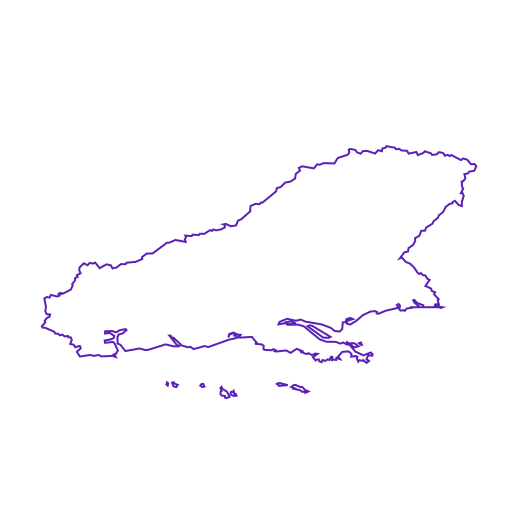 the district of Dawei, Tanintharyi, Myanmar, rotated 285°
{"feature_id": "60261553B72281625520368", "entity_name": "Dawei", "entity_type": "district", "adm_level": 2, "iso_a3": "MMR", "parent_name": "Myanmar", "parent_adm1": "Tanintharyi", "projection": "mercator", "projection_center": [98.324, 14.189], "detail": "fine", "context": "isolated", "style": "outline", "palette": "violet", "viewbox_px": 512, "rotation_deg": 285, "n_neighbors": 0, "source": "geoboundaries", "source_scale": "gbopen_adm2", "svg_char_len": 6132}
<svg xmlns="http://www.w3.org/2000/svg" viewBox="0 0 512 512"><g transform="rotate(285 256 256)"><path d="M117.2,107.8L113.3,111.9L117.5,121.4L117.5,125.1L119.7,129.7L119.0,132.3L120.1,136.3L122.3,142.9L123.9,144.0L122.3,144.6L122.2,146.5L123.3,145.3L128.9,147.1L134.4,142.6L136.0,140.3L133.1,132.7L135.2,131.7L137.9,137.4L139.9,139.7L142.1,139.9L143.9,134.7L142.0,130.3L144.2,129.7L146.3,136.5L146.0,140.5L149.1,143.6L151.7,149.1L150.9,150.1L146.6,147.1L144.6,143.6L141.4,143.2L135.6,145.0L135.1,148.1L130.4,154.4L136.5,167.4L136.5,173.5L137.5,176.2L147.2,191.5L147.4,199.6L148.8,205.0L149.4,205.3L149.4,202.8L156.7,192.9L157.0,194.1L153.6,198.1L155.4,198.0L150.3,207.6L150.3,214.0L151.3,216.3L149.9,219.8L155.7,229.6L155.7,233.5L167.9,251.1L172.1,259.0L173.7,257.5L173.6,255.7L174.4,256.1L175.4,255.0L175.2,253.5L173.2,250.6L170.1,250.5L173.7,250.3L176.2,254.0L175.3,259.1L175.9,261.5L173.7,260.7L173.3,259.5L173.0,261.7L176.8,272.9L172.1,279.5L170.9,277.7L172.1,284.4L171.3,286.6L167.9,287.4L167.6,289.0L169.1,295.7L170.5,296.8L170.1,299.5L168.9,298.8L168.9,300.1L172.6,309.7L171.4,314.5L176.9,319.3L176.2,324.6L175.4,323.8L174.5,324.8L175.5,326.0L174.5,327.3L174.5,330.9L175.7,331.8L174.7,335.8L177.0,338.2L177.4,340.7L172.9,337.2L170.5,340.7L171.7,341.3L172.3,343.5L170.6,344.5L170.4,346.9L172.7,347.1L172.6,350.0L174.8,352.1L174.5,353.8L178.2,354.7L178.1,356.0L174.3,356.3L175.9,356.9L176.3,360.3L178.4,360.0L179.2,361.4L178.1,362.2L178.1,363.9L180.1,361.3L185.7,364.1L187.8,370.0L186.2,373.5L183.5,374.2L183.0,373.1L185.2,378.2L184.9,379.9L183.6,379.6L180.4,382.1L182.1,382.8L182.4,386.5L183.2,386.6L181.4,390.5L183.9,392.3L184.9,389.4L189.1,390.1L189.8,394.1L191.2,394.1L192.5,391.8L187.8,385.5L189.4,376.7L194.6,369.1L194.0,366.5L195.0,362.8L193.2,360.0L193.7,355.4L191.4,346.1L192.0,339.0L200.5,320.3L200.6,314.5L197.7,304.0L199.4,301.4L198.3,300.9L195.8,295.4L198.5,295.8L203.4,302.3L203.8,311.3L206.2,315.7L205.4,320.5L206.9,337.1L206.0,346.5L204.0,351.5L204.6,356.2L207.7,358.2L214.4,357.0L215.2,359.6L218.3,359.6L220.6,363.1L220.2,366.0L216.8,360.7L214.2,361.2L214.1,364.6L219.5,369.8L226.5,374.5L231.9,380.9L233.5,384.9L233.2,387.4L231.8,387.4L231.7,388.9L237.0,395.9L242.7,406.8L245.2,404.8L246.6,406.1L245.4,407.9L241.5,408.3L240.7,409.8L241.9,412.6L241.4,413.8L244.3,415.2L246.0,419.4L246.6,419.0L249.0,427.7L252.0,421.0L254.0,419.3L254.6,420.3L252.4,423.5L251.7,430.3L249.6,429.8L253.8,445.7L253.7,448.1L254.8,449.5L254.5,446.8L255.5,444.5L254.1,441.6L255.6,441.6L256.8,445.0L260.3,443.0L261.5,443.7L265.2,437.8L267.3,438.4L267.7,434.9L269.9,433.5L270.9,427.4L277.8,429.9L278.5,427.2L281.0,424.7L280.7,422.3L282.2,419.5L280.9,418.4L281.4,416.7L285.8,411.7L288.5,406.7L289.0,402.4L292.3,397.3L291.0,395.6L297.9,398.3L299.7,401.7L303.1,401.3L307.6,405.0L311.7,405.9L314.3,405.0L317.9,408.6L323.1,409.1L324.3,412.8L327.6,413.0L332.9,418.1L335.6,418.5L339.9,421.8L342.7,422.1L346.7,425.3L352.4,426.5L356.3,429.4L357.7,432.1L359.1,432.0L360.8,433.9L357.7,438.6L357.5,441.9L361.8,440.8L367.8,441.1L370.4,439.0L369.8,437.7L374.8,438.7L376.0,437.3L381.1,435.4L381.9,436.8L385.1,438.1L389.0,436.1L390.6,439.3L392.6,440.0L394.9,444.8L399.9,445.5L401.4,443.1L400.3,439.9L403.7,435.1L403.8,430.8L401.7,429.2L404.1,418.5L402.6,417.3L403.4,415.1L401.7,412.4L403.7,410.6L403.9,408.3L403.5,405.6L401.0,404.3L399.2,400.0L400.5,398.2L400.8,391.9L399.1,391.2L395.3,386.2L398.0,384.1L394.4,377.0L396.7,374.6L395.6,369.3L396.5,366.5L395.3,363.5L396.6,362.1L395.8,353.5L394.1,353.1L392.5,350.2L389.8,350.5L389.8,346.6L385.8,344.5L386.3,336.2L385.0,332.1L381.9,330.6L382.2,326.9L384.2,324.4L383.7,319.0L382.7,318.1L380.1,319.4L377.5,318.3L371.8,309.6L365.7,307.8L363.3,297.5L360.6,293.9L360.5,291.4L355.6,289.2L354.6,277.4L352.1,274.6L349.9,276.4L345.6,273.2L340.9,273.7L336.7,269.9L334.5,265.2L329.1,262.1L326.9,258.5L323.6,258.7L309.1,248.3L309.1,247.2L306.9,245.9L306.3,242.0L302.9,237.8L297.5,238.8L287.5,232.1L285.4,229.4L280.4,228.9L278.2,224.0L279.2,218.6L278.1,216.4L277.9,218.0L275.4,218.4L272.5,215.1L270.6,211.3L270.4,207.6L268.9,207.1L269.0,204.8L264.1,200.4L262.9,196.0L261.4,195.3L260.2,189.2L258.6,188.8L257.4,182.4L256.1,183.6L253.7,182.9L251.4,184.4L250.6,173.9L246.6,169.1L245.8,166.6L231.7,155.4L230.0,149.7L225.5,146.2L223.6,146.9L219.2,141.3L216.0,132.7L214.4,132.2L213.2,127.6L208.8,124.3L206.9,120.6L209.4,118.3L209.2,113.7L203.8,108.2L208.0,102.4L206.5,100.6L206.3,97.2L203.5,95.7L204.4,91.6L199.2,88.5L196.4,89.0L193.9,91.0L191.1,87.9L189.7,89.1L187.8,87.0L185.4,87.5L181.3,85.7L179.9,86.6L175.6,85.8L169.6,79.2L169.8,77.8L168.6,77.3L169.6,76.4L168.3,75.0L166.5,76.1L165.4,74.2L165.3,67.9L162.4,67.4L162.2,64.4L160.1,62.5L152.5,66.3L148.2,66.8L145.6,68.9L146.2,72.3L143.9,72.3L142.0,70.1L138.6,68.6L137.2,69.6L132.7,67.3L131.6,68.4L132.1,70.7L130.6,80.7L129.1,82.3L129.7,85.0L128.6,87.0L129.9,89.3L128.8,92.0L130.1,95.0L129.0,95.6L129.4,98.1L127.3,99.8L123.0,99.3L123.1,103.0L121.1,104.9L123.5,109.0L122.5,110.1L121.4,110.6L117.2,107.8ZM197.2,348.9L203.1,328.3L202.9,325.7L201.5,324.0L194.6,341.9L195.7,347.3L197.2,348.9ZM141.0,325.8L138.6,323.9L138.3,326.8L137.4,325.3L137.8,333.4L136.7,335.8L137.8,338.6L136.6,339.0L138.7,341.7L139.3,338.0L141.5,334.5L140.9,332.7L141.7,327.4L141.0,325.8ZM118.9,258.1L120.7,256.5L119.3,255.8L116.6,257.7L116.0,256.9L113.5,257.4L112.3,258.9L112.7,262.4L111.2,262.7L111.0,264.1L113.1,267.0L117.4,263.1L118.9,258.1ZM195.4,378.4L197.2,373.4L196.4,370.5L195.5,370.3L192.9,374.2L195.4,378.4ZM139.5,320.1L139.5,311.8L137.7,308.4L137.7,310.9L136.4,311.6L139.5,320.1ZM118.5,267.2L116.7,266.9L115.6,267.9L115.0,270.3L116.0,273.3L117.5,272.3L117.4,270.6L120.0,269.3L118.5,268.4L118.5,267.2ZM201.3,311.0L202.0,306.9L200.0,302.7L198.4,304.1L200.3,310.6L201.3,311.0ZM111.2,213.8L111.8,209.6L112.7,209.3L111.9,207.7L109.0,209.8L108.6,211.5L108.8,213.0L110.4,213.5L111.2,213.8ZM116.6,240.0L118.8,238.1L118.2,236.5L116.4,235.7L115.5,237.9L116.6,240.0ZM110.9,202.8L108.6,202.8L107.9,204.3L110.3,204.1L110.9,202.8ZM197.6,381.3L199.6,379.7L198.4,378.0L197.4,380.6L197.6,381.3ZM194.7,366.0L194.8,367.7L195.8,368.7L196.3,366.1L194.7,366.0Z" fill="none" stroke="#5b21b6" stroke-width="2"/></g></svg>